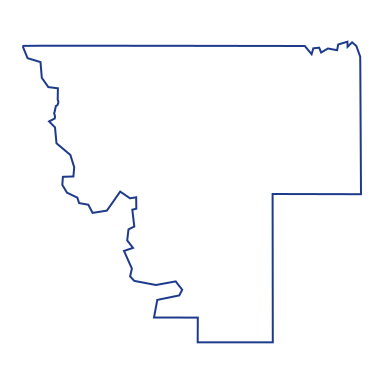 Kiowa, Oklahoma, United States of America
{"feature_id": "52423323B11344178006251", "entity_name": "Kiowa", "entity_type": "district", "adm_level": 2, "iso_a3": "USA", "parent_name": "United States of America", "parent_adm1": "Oklahoma", "projection": "equal_earth", "projection_center": [-99.105, 34.859], "detail": "fine", "context": "isolated", "style": "outline", "palette": "blue", "viewbox_px": 384, "rotation_deg": 0, "n_neighbors": 0, "source": "geoboundaries", "source_scale": "gbopen_adm2", "svg_char_len": 947}
<svg xmlns="http://www.w3.org/2000/svg" viewBox="0 0 384 384"><path d="M361.0,194.2L360.3,66.5L360.2,56.7L356.3,45.9L352.1,42.3L347.6,46.8L347.4,41.7L338.2,44.5L337.1,50.2L328.0,48.5L321.1,52.5L319.2,47.7L313.3,48.3L311.6,54.2L304.8,46.0L172.1,45.8L44.0,45.7L23.4,45.9L23.0,47.0L27.6,58.2L40.5,62.1L41.8,77.8L48.3,87.1L57.9,88.3L57.7,99.8L58.3,101.2L58.2,103.1L57.4,105.2L55.8,106.1L55.5,107.8L54.6,111.9L54.1,113.3L54.8,115.3L55.0,116.9L54.7,118.5L49.1,121.4L55.0,127.4L56.5,143.3L70.4,155.0L74.2,167.3L73.4,176.5L62.9,176.8L62.3,184.9L67.0,192.7L77.3,197.6L79.1,203.1L88.3,204.7L92.6,212.9L106.9,210.6L120.2,191.6L130.0,198.3L136.2,197.3L136.3,208.7L132.3,209.7L134.3,226.5L128.5,229.4L127.2,240.4L133.0,247.9L124.0,250.9L131.9,268.6L130.1,276.4L134.3,280.9L155.9,285.0L175.7,281.4L182.2,289.8L179.3,295.4L157.3,299.9L154.0,317.5L197.8,317.6L197.7,342.3L272.8,342.3L272.6,194.0L361.0,194.2Z" fill="none" stroke="#1e3a8a" stroke-width="2"/></svg>